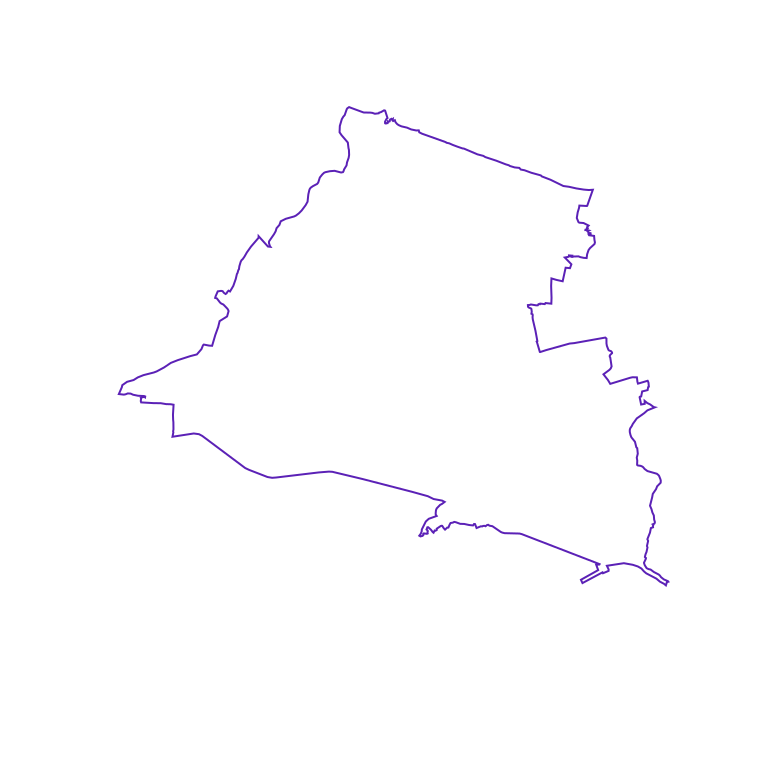 outline of Livezile, Mehedinti, Romania, rotated 163°
{"feature_id": "2599482B92373301831218", "entity_name": "Livezile", "entity_type": "district", "adm_level": 2, "iso_a3": "ROU", "parent_name": "Romania", "parent_adm1": "Mehedinti", "projection": "mercator", "projection_center": [22.853, 44.538], "detail": "fine", "context": "isolated", "style": "outline", "palette": "violet", "viewbox_px": 768, "rotation_deg": 163, "n_neighbors": 0, "source": "geoboundaries", "source_scale": "gbopen_adm2", "svg_char_len": 6166}
<svg xmlns="http://www.w3.org/2000/svg" viewBox="0 0 768 768"><g transform="rotate(163 384 384)"><path d="M620.6,441.8L620.5,441.2L621.6,438.8L621.6,437.4L610.0,433.1L603.1,430.9L598.3,428.5L593.9,427.0L591.3,425.7L594.8,416.3L596.1,411.5L596.6,409.0L598.6,402.2L599.5,400.4L599.6,399.3L601.7,395.4L580.4,392.3L575.6,390.1L573.0,387.5L541.3,344.2L538.1,341.3L522.6,329.1L518.4,327.0L514.4,326.1L472.2,318.5L462.2,316.3L459.0,315.1L432.3,299.4L388.7,272.7L374.9,263.9L370.2,259.5L362.5,255.5L360.5,253.5L363.5,252.4L365.7,252.0L370.0,249.6L371.2,248.1L372.4,245.2L372.7,244.0L372.2,242.4L380.6,242.0L384.2,240.3L390.3,233.9L391.2,231.8L392.7,230.0L394.6,228.6L393.7,227.6L391.5,227.5L390.4,228.2L390.4,229.1L389.6,229.5L386.8,228.2L385.9,228.3L385.7,229.8L385.2,230.3L385.1,231.1L385.9,232.4L384.4,234.3L383.6,234.1L381.7,230.9L380.7,228.1L380.1,227.3L378.4,229.1L377.6,228.6L376.2,229.0L375.9,230.2L371.3,231.6L370.4,231.6L369.8,231.3L369.0,228.5L368.2,226.9L365.5,228.2L364.4,227.9L362.3,230.4L361.0,231.6L358.6,231.3L357.2,231.6L355.7,230.8L352.0,228.0L348.2,226.7L343.9,224.3L340.2,222.7L338.8,223.8L337.9,223.4L337.6,219.2L332.9,219.6L331.8,219.1L330.7,219.3L329.2,218.9L328.5,218.3L326.6,219.0L325.5,218.9L324.6,217.7L321.9,216.3L315.5,208.3L314.3,207.3L312.3,206.1L298.2,201.4L296.2,200.2L230.5,148.7L230.8,148.4L233.9,149.1L233.6,143.4L252.9,139.2L252.4,135.6L230.1,140.0L229.9,139.0L223.9,139.6L223.4,141.0L224.0,145.0L207.0,142.5L199.0,138.4L194.6,135.3L191.8,132.3L190.2,128.8L188.6,126.3L180.4,118.2L177.9,114.3L174.6,111.0L173.3,109.0L171.4,111.8L169.9,111.8L170.1,112.4L173.5,115.3L175.5,118.2L176.2,120.2L177.0,121.5L180.9,125.3L183.3,128.6L185.2,129.7L186.7,131.1L187.6,134.4L187.7,136.6L187.6,137.1L184.6,140.4L184.4,141.1L185.0,141.9L185.1,142.3L183.6,144.8L182.1,146.6L179.8,150.7L179.9,152.2L177.3,156.7L177.5,158.6L173.1,164.1L170.9,168.2L168.6,168.3L168.3,169.7L167.3,170.9L167.7,171.3L166.2,171.5L165.6,172.1L165.3,172.9L165.3,175.3L164.4,179.4L164.9,182.6L164.8,186.1L165.2,189.8L160.7,197.2L159.1,200.3L154.6,203.9L152.7,206.3L148.3,208.7L147.6,210.5L147.5,212.0L147.8,215.7L148.2,216.7L149.3,218.4L157.5,223.7L159.6,226.5L160.5,228.7L161.3,229.7L162.5,230.7L165.1,231.9L165.6,232.7L164.2,236.7L163.8,239.7L161.7,243.1L160.6,248.6L161.2,249.7L160.9,255.4L163.0,260.6L163.2,263.2L163.0,266.2L162.4,268.2L161.5,269.6L159.4,271.3L157.7,273.1L152.3,277.2L143.8,280.0L139.8,281.8L131.8,282.5L132.8,283.1L135.4,286.6L137.8,288.8L139.7,291.7L140.5,288.8L144.1,289.2L143.4,296.7L143.0,297.0L141.7,296.9L139.3,301.4L133.7,301.1L132.3,303.8L131.5,304.0L130.7,307.9L130.8,309.7L130.9,310.0L141.0,310.1L141.0,312.1L140.2,316.4L144.4,317.8L146.7,318.0L167.6,318.0L168.7,322.4L171.3,329.1L164.3,331.6L162.6,332.6L161.2,334.3L159.9,343.2L160.1,343.9L160.0,344.8L159.2,345.7L156.9,346.8L156.7,347.5L157.2,348.9L159.0,350.3L159.4,351.1L159.7,355.3L159.4,357.7L158.0,362.4L158.8,363.7L190.2,367.5L194.6,368.4L218.8,369.0L225.3,368.9L225.6,369.1L225.5,379.0L225.6,380.0L224.8,380.2L223.6,390.6L222.8,402.4L222.4,404.4L221.6,406.5L221.6,407.3L222.5,408.1L221.6,409.8L221.1,412.6L221.3,413.2L223.3,414.9L223.7,415.8L223.3,417.4L221.4,417.0L220.3,417.1L215.4,414.7L213.9,414.3L212.9,415.2L211.5,414.7L211.1,415.2L206.9,413.4L205.9,414.2L200.5,411.9L198.6,417.4L195.5,428.9L193.0,436.0L188.6,433.1L183.1,430.0L176.3,442.1L172.3,440.4L169.8,443.7L174.1,452.1L170.3,451.7L169.7,452.1L169.5,452.9L166.5,451.7L167.0,451.0L167.7,451.0L167.0,450.5L165.1,450.4L160.7,449.2L159.1,447.9L156.0,446.2L153.4,445.2L151.8,448.7L149.2,452.3L147.3,453.7L141.8,456.3L140.9,457.7L140.6,460.4L139.8,464.2L144.4,466.3L144.6,467.4L142.5,467.2L142.4,467.9L143.8,468.4L144.8,470.7L143.2,470.9L144.2,471.6L146.4,472.3L146.2,472.7L144.8,472.6L144.4,473.7L143.6,473.6L143.7,474.8L142.0,475.7L146.1,479.6L150.1,481.2L150.7,482.0L151.1,486.4L148.6,491.5L146.0,495.4L145.0,497.5L137.9,494.9L137.5,495.1L127.5,508.7L131.4,509.6L136.1,511.5L142.9,514.8L149.4,518.5L154.6,520.9L165.0,530.6L172.4,536.4L172.8,537.3L173.6,538.0L181.3,542.9L187.1,547.3L190.5,549.1L191.4,551.1L195.7,552.9L199.9,555.7L200.7,556.7L203.4,558.5L211.3,564.7L220.8,571.4L222.3,573.1L227.5,576.3L238.8,585.8L240.0,586.3L244.4,589.5L248.3,592.5L251.3,595.1L253.8,596.5L254.2,597.2L274.4,612.2L276.7,614.4L276.6,616.4L279.0,617.0L283.6,619.5L287.0,622.4L292.0,625.3L294.3,627.3L295.4,628.7L296.4,630.9L296.5,633.1L298.4,632.8L298.8,633.5L298.1,634.9L299.1,634.6L299.4,635.4L300.9,635.1L301.8,633.5L302.8,633.5L303.4,634.0L303.8,632.9L304.3,632.4L305.4,632.8L306.0,632.5L306.7,633.0L306.4,634.4L304.3,636.6L302.9,637.3L303.0,645.1L303.9,645.7L307.3,644.9L309.4,644.9L309.9,644.4L313.7,645.1L315.9,646.7L317.7,647.5L324.1,649.6L336.5,659.0L338.4,658.4L339.2,657.8L343.0,652.6L344.7,651.6L346.9,649.6L350.8,643.7L352.9,637.7L351.8,634.2L348.0,625.5L349.0,619.9L349.1,618.1L350.4,613.2L351.7,610.6L354.6,606.7L355.9,604.0L359.4,600.9L360.6,599.2L361.3,598.6L363.2,598.8L368.9,602.3L373.4,603.3L378.1,603.7L379.6,603.5L381.8,602.4L385.0,600.2L388.0,595.9L389.4,594.9L394.1,594.0L396.6,593.2L397.8,592.4L398.7,591.3L400.9,587.5L403.8,580.7L406.7,577.9L412.0,574.0L415.5,572.1L419.0,570.8L420.9,570.5L429.6,570.7L435.2,569.8L437.5,566.7L441.2,564.4L443.0,561.7L445.4,559.4L452.0,554.2L452.5,553.5L452.8,552.3L452.8,549.3L452.5,548.4L454.8,549.4L460.7,562.0L461.2,560.5L471.0,554.3L476.7,549.9L480.2,546.6L482.5,544.8L484.1,544.0L485.3,542.8L487.9,538.9L489.2,536.1L490.1,535.4L491.6,533.0L492.5,532.2L495.0,527.9L499.4,521.9L504.2,517.5L505.4,518.7L506.7,518.0L508.1,516.7L509.2,516.4L510.5,518.1L511.2,520.0L512.6,520.7L515.9,521.2L519.4,517.1L520.3,515.7L518.8,514.7L517.0,509.9L516.1,508.5L514.4,507.0L513.4,505.1L511.7,501.7L511.3,499.8L511.4,499.0L514.3,494.5L522.8,492.2L525.9,487.0L531.0,480.2L537.2,470.8L540.1,471.9L544.8,474.4L545.8,473.9L548.4,470.7L554.3,467.0L561.1,467.3L574.3,467.1L581.7,466.5L589.6,464.1L597.7,462.5L600.7,462.3L611.4,462.8L617.5,462.3L622.3,461.0L629.1,461.2L634.6,459.4L635.7,457.5L640.5,451.9L635.9,449.9L634.1,449.7L631.8,449.9L629.1,448.9L627.1,447.1L622.7,444.7L616.9,442.6L616.0,441.9L616.4,441.1L616.7,441.5L618.3,442.0L620.6,441.8Z" fill="none" stroke="#5b21b6" stroke-width="2"/></g></svg>